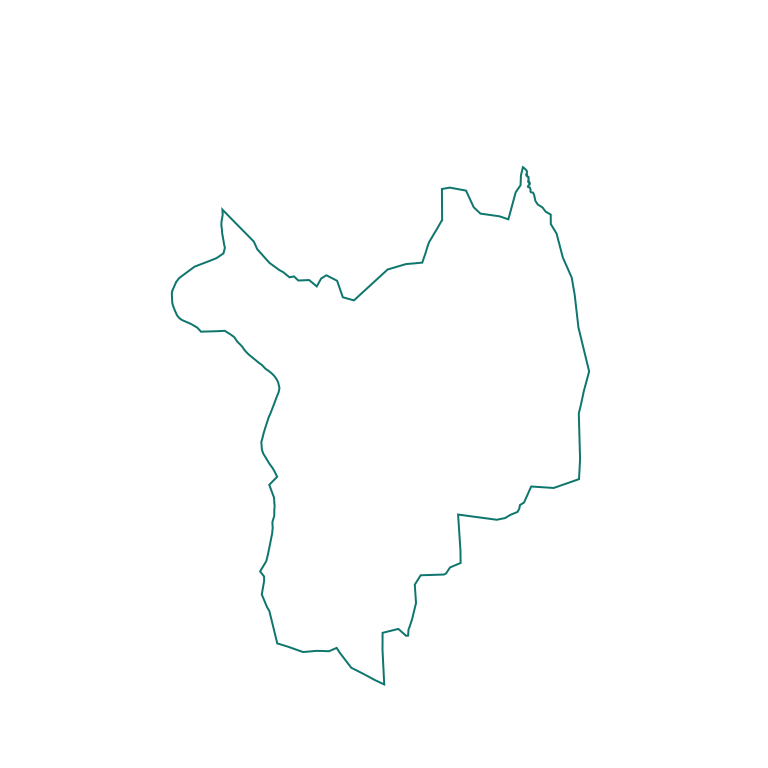 Gujba, Yobe, Nigeria (Robinson projection), rotated 142°
{"feature_id": "59680162B90037113183568", "entity_name": "Gujba", "entity_type": "district", "adm_level": 2, "iso_a3": "NGA", "parent_name": "Nigeria", "parent_adm1": "Yobe", "projection": "robinson", "projection_center": [12.101, 11.346], "detail": "fine", "context": "isolated", "style": "outline", "palette": "teal", "viewbox_px": 768, "rotation_deg": 142, "n_neighbors": 0, "source": "geoboundaries", "source_scale": "gbopen_adm2", "svg_char_len": 4330}
<svg xmlns="http://www.w3.org/2000/svg" viewBox="0 0 768 768"><g transform="rotate(142 384 384)"><path d="M536.5,375.2L540.6,362.2L542.4,359.6L543.7,357.7L543.8,357.6L543.9,357.4L544.0,357.3L544.0,357.2L544.2,356.9L544.3,356.8L545.2,355.3L547.7,352.6L547.8,352.5L547.9,352.4L548.0,352.3L548.1,352.2L548.3,351.9L550.9,348.6L551.2,348.2L551.7,347.6L555.6,344.9L557.3,343.5L560.4,339.0L561.8,337.6L562.0,337.4L564.4,334.8L565.9,333.6L572.6,327.8L580.1,321.4L585.8,316.9L597.0,312.6L597.0,306.2L599.5,302.8L609.9,293.4L613.5,280.3L614.1,275.7L627.8,245.3L621.2,235.8L612.8,222.6L601.7,215.4L597.8,212.3L591.9,207.3L583.8,205.2L584.3,200.1L584.5,180.6L578.7,168.2L573.5,156.4L568.8,147.1L548.8,175.5L538.3,188.8L523.5,182.2L521.6,172.0L519.9,170.9L515.9,175.4L513.2,177.0L506.6,181.4L493.6,191.7L483.3,206.9L472.9,210.7L454.0,196.9L451.7,196.5L444.9,198.8L433.8,195.8L426.3,205.7L406.0,235.5L389.0,218.1L378.7,207.6L371.1,203.8L365.1,203.1L357.6,201.0L354.1,202.5L351.4,204.9L346.6,204.4L331.1,212.6L314.3,197.6L288.9,189.0L275.8,204.0L248.6,240.9L241.6,246.4L231.0,255.3L214.6,267.6L196.0,308.8L178.7,337.1L170.6,352.2L165.2,373.6L155.4,396.3L154.1,407.3L148.3,414.9L150.5,420.2L150.5,422.4L150.4,425.7L151.5,428.5L152.3,430.8L152.0,435.0L149.2,440.8L148.7,443.0L150.0,444.4L150.2,445.2L149.8,445.9L148.9,446.7L148.1,449.2L149.1,450.2L149.0,451.1L148.3,451.3L147.7,451.6L146.5,451.5L145.7,452.0L145.5,452.4L145.4,452.8L145.5,452.8L145.9,452.8L146.0,453.0L145.9,453.3L146.0,453.6L146.0,453.8L145.4,454.0L145.2,454.3L145.3,454.4L145.7,454.3L145.8,454.6L145.7,454.8L145.4,454.9L145.3,455.3L145.2,455.4L144.8,455.4L144.7,455.5L144.7,455.8L144.2,456.0L143.9,456.5L143.8,456.8L143.2,457.3L142.8,457.8L142.7,458.1L142.7,458.3L142.8,458.5L143.2,458.7L143.3,459.3L143.4,460.3L143.3,460.8L143.2,461.1L143.1,461.3L143.0,461.2L142.9,460.5L142.7,460.4L142.4,461.0L141.8,462.0L140.5,463.5L140.2,464.4L140.5,467.2L141.1,469.3L147.6,464.1L154.0,456.6L162.2,454.0L184.6,437.2L189.8,445.1L203.1,458.9L204.5,468.0L200.3,485.9L211.2,498.2L218.3,502.0L237.5,477.1L238.0,477.2L243.8,474.8L245.0,474.3L261.2,468.0L265.0,465.6L270.5,461.7L279.1,456.1L286.8,461.0L292.7,464.9L310.6,472.0L356.2,468.4L362.6,477.1L363.0,477.8L357.4,494.2L362.5,505.2L368.6,505.8L376.9,502.3L379.0,512.0L387.8,518.3L388.7,524.2L392.8,526.3L394.6,534.3L396.3,538.1L399.7,550.0L400.9,568.3L398.9,576.4L404.0,620.9L404.6,620.0L404.9,619.6L406.9,616.7L412.3,611.8L414.8,608.7L416.4,605.8L418.5,602.8L421.6,597.0L423.3,593.8L423.6,593.4L425.4,589.6L425.7,589.1L426.4,588.6L430.1,585.8L438.5,586.3L444.4,588.0L461.0,593.1L479.9,593.6L480.0,593.6L480.4,593.5L480.6,593.5L480.8,593.4L481.0,593.4L481.3,593.3L484.1,592.6L484.3,592.5L484.5,592.4L484.8,592.3L485.0,592.3L485.0,592.2L485.3,592.1L485.5,592.0L485.7,591.9L485.8,591.9L486.0,591.8L492.3,588.4L492.6,588.3L492.7,588.2L492.8,588.2L493.0,588.0L493.2,587.9L493.3,587.9L493.4,587.7L493.5,587.7L493.8,587.5L493.9,587.4L494.0,587.3L494.1,587.2L494.3,587.1L494.5,586.9L494.7,586.7L494.8,586.6L495.0,586.4L495.2,586.2L495.4,585.9L495.7,585.6L495.8,585.5L495.9,585.4L496.1,585.1L498.9,581.1L500.2,579.3L500.2,579.2L500.3,579.1L500.4,578.9L500.5,578.9L500.6,578.7L500.7,578.4L500.8,578.3L500.9,578.2L501.0,578.0L501.0,577.9L501.1,577.7L501.3,577.5L501.3,577.4L501.4,577.2L501.5,577.0L501.5,576.9L501.6,576.7L501.7,576.4L501.8,576.3L501.8,576.2L501.9,575.9L502.0,575.7L502.1,575.3L502.2,575.1L503.5,570.8L503.6,570.6L503.6,570.4L503.7,570.2L504.8,565.5L504.8,565.4L504.8,565.2L504.8,564.9L504.8,564.2L504.8,563.8L504.8,563.6L504.8,563.3L504.8,563.1L504.8,562.9L504.7,562.3L504.7,562.2L504.7,561.9L504.5,561.2L504.5,560.9L504.4,560.8L504.4,560.6L504.3,560.4L504.3,560.2L504.2,560.1L504.2,559.8L504.1,559.7L504.0,559.4L503.9,559.2L503.8,558.9L503.7,558.7L503.6,558.4L503.5,558.2L499.2,550.3L496.5,543.6L496.1,539.9L496.1,538.0L482.8,528.2L476.7,523.9L474.6,518.1L473.2,513.3L473.5,507.6L472.7,500.7L473.0,497.5L472.9,494.6L472.6,491.6L472.1,488.8L470.8,483.3L469.6,477.8L468.5,474.1L468.0,468.9L466.8,465.2L465.9,461.2L465.5,457.9L465.7,453.8L466.3,450.7L468.9,445.1L472.1,442.4L477.5,439.3L482.6,436.1L492.7,430.1L495.0,429.0L504.5,422.6L509.2,419.3L513.5,415.9L516.3,413.9L520.7,407.4L522.1,402.9L522.4,399.7L522.9,395.8L523.4,391.8L523.5,386.9L524.0,382.9L525.3,376.7L536.5,375.2Z" fill="none" stroke="#0f766e" stroke-width="2"/></g></svg>